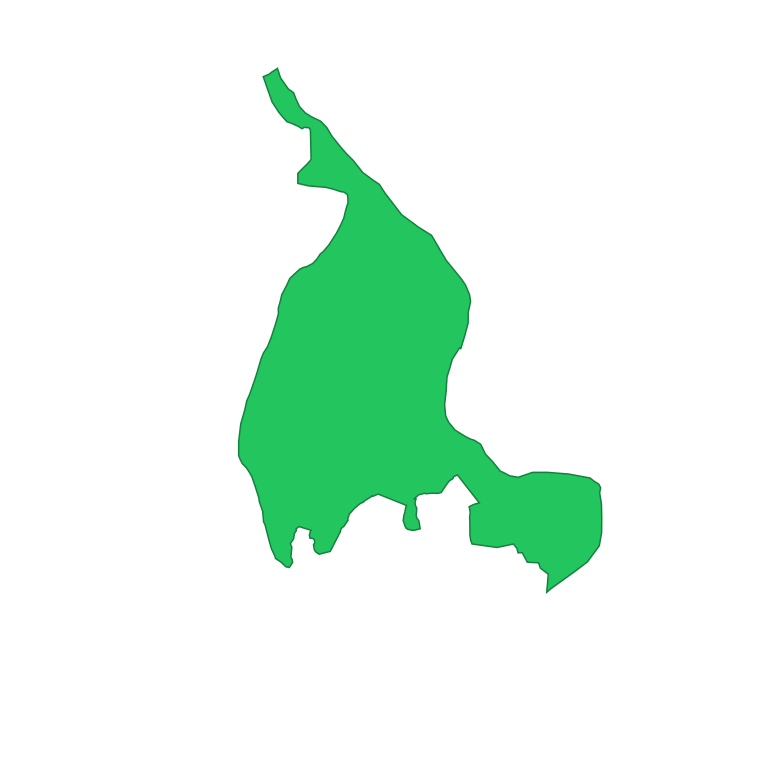 outline of Alfath, Asyut, Egypt, rotated 213°
{"feature_id": "37247803B50219622339720", "entity_name": "Alfath", "entity_type": "district", "adm_level": 2, "iso_a3": "EGY", "parent_name": "Egypt", "parent_adm1": "Asyut", "projection": "natural_earth1", "projection_center": [31.209, 27.218], "detail": "fine", "context": "isolated", "style": "filled", "palette": "green", "viewbox_px": 768, "rotation_deg": 213, "n_neighbors": 0, "source": "geoboundaries", "source_scale": "gbopen_adm2", "svg_char_len": 3627}
<svg xmlns="http://www.w3.org/2000/svg" viewBox="0 0 768 768"><g transform="rotate(213 384 384)"><path d="M134.1,298.0L132.4,303.6L121.3,332.2L116.5,345.7L115.3,365.5L120.5,377.8L128.6,390.5L136.2,401.7L140.0,405.9L140.1,406.1L140.3,406.2L143.8,410.1L145.8,414.9L149.3,417.0L154.8,416.9L160.0,417.4L180.2,409.0L198.5,399.1L211.3,390.8L220.6,378.9L228.5,375.5L234.7,374.9L239.1,374.3L246.2,376.6L246.3,376.6L250.1,377.9L260.6,380.4L270.1,386.1L277.6,386.0L281.5,384.9L287.0,384.3L294.5,384.1L299.4,384.1L308.9,387.1L314.9,390.8L322.0,399.8L327.8,411.5L330.9,416.9L335.0,424.3L337.6,433.5L340.2,442.0L340.3,455.4L338.9,455.5L339.6,458.1L342.5,468.3L346.7,481.1L352.2,489.6L356.3,500.3L360.9,505.5L369.4,511.3L375.3,513.9L399.2,521.6L402.8,523.4L407.3,525.6L410.7,527.2L410.6,527.3L414.7,529.4L425.2,534.6L425.3,534.6L430.9,534.5L441.1,534.3L441.3,534.3L444.7,534.6L446.1,534.7L450.2,534.9L461.5,535.6L486.5,544.4L492.0,546.8L495.9,548.6L496.6,548.9L504.3,549.0L517.0,549.8L531.5,554.7L541.3,556.8L549.1,559.0L562.7,563.5L571.8,568.0L580.4,569.9L590.3,568.6L597.8,568.5L605.9,570.6L613.5,575.4L618.4,579.0L625.1,579.4L637.4,584.3L645.3,590.7L645.7,589.6L647.9,584.8L649.1,581.2L650.8,578.7L652.7,576.0L631.5,559.6L620.5,554.7L612.8,552.3L608.3,551.1L605.0,551.9L603.9,552.2L596.2,553.4L595.1,553.4L591.8,553.4L591.6,553.7L590.7,555.8L586.3,558.1L584.1,556.9L581.4,553.1L567.6,532.9L567.6,530.5L568.7,524.6L569.8,519.7L571.0,513.7L565.5,505.3L561.4,506.8L558.9,507.7L555.5,508.9L548.9,512.4L544.5,514.8L540.1,517.2L533.4,519.5L524.6,521.9L522.4,523.1L518.0,523.0L515.8,520.6L512.5,515.8L512.5,514.6L511.0,509.7L510.3,507.4L508.1,501.4L507.0,494.2L506.0,484.6L506.0,470.3L507.1,461.9L508.3,458.3L508.3,452.3L509.4,446.3L512.7,440.4L515.0,438.0L517.2,434.4L519.4,426.0L519.7,424.6L520.5,421.2L519.4,414.0L518.4,403.3L515.7,395.8L514.0,390.1L510.7,385.2L507.4,374.4L504.2,362.5L502.0,351.7L502.0,344.5L500.9,338.5L496.6,324.1L494.9,317.8L494.4,315.7L491.1,302.5L490.0,295.3L486.8,286.9L482.4,272.5L474.7,256.9L467.0,244.9L463.7,242.5L459.3,240.0L453.8,238.8L448.3,236.4L443.9,234.0L436.2,227.9L427.4,220.7L424.1,217.1L416.4,211.1L409.8,202.7L407.5,201.5L394.3,189.4L388.8,184.6L381.1,179.8L380.2,178.6L373.4,178.5L366.8,177.3L363.5,178.5L363.4,184.5L365.6,186.9L367.8,188.1L372.2,196.5L373.3,197.7L375.5,198.9L375.5,204.9L377.7,209.7L377.7,213.3L378.8,214.5L377.7,218.1L373.5,219.3L365.5,221.6L365.5,220.4L364.4,216.8L363.3,215.6L362.2,214.4L360.0,215.6L357.8,215.6L355.6,213.2L355.6,210.8L352.3,207.2L350.1,206.0L345.7,205.9L344.6,207.1L340.2,211.9L337.9,214.3L340.1,235.9L341.2,239.5L340.1,243.0L340.0,250.2L341.1,251.4L342.2,256.2L341.1,263.4L338.9,270.6L336.7,274.2L336.7,275.4L333.3,282.5L333.3,283.7L332.2,283.7L328.9,288.5L310.3,292.2L299.1,294.4L298.0,290.8L296.9,288.4L295.8,284.8L293.6,280.0L289.2,276.4L287.0,275.1L284.8,275.1L281.5,276.3L279.2,277.5L278.1,278.7L275.9,281.1L274.8,282.3L277.0,284.7L280.3,288.3L283.6,289.5L285.8,291.9L286.9,294.3L289.1,297.9L291.3,299.1L293.5,301.5L294.6,305.1L296.1,304.3L294.6,309.9L290.2,314.7L289.1,314.7L284.6,318.3L279.1,321.8L276.9,324.2L276.8,333.5L276.4,338.6L274.6,342.2L275.1,343.6L274.9,344.6L274.3,345.5L272.9,347.7L240.3,336.5L239.3,336.2L243.0,332.1L245.8,327.5L243.6,325.2L241.9,323.5L239.2,318.1L238.1,316.9L229.3,303.6L226.0,300.0L223.0,297.8L200.3,308.4L198.7,309.9L188.3,320.3L186.7,319.8L183.0,318.5L179.6,315.4L176.2,317.8L166.8,312.6L163.2,314.6L159.3,316.9L157.0,318.2L156.1,317.5L155.1,316.7L152.5,314.7L150.9,314.6L142.7,314.0L136.8,303.1L136.4,302.2L135.6,300.7L135.1,299.8L134.2,298.2L134.1,298.0Z" fill="#22c55e" stroke="#15803d" stroke-width="1.5"/></g></svg>